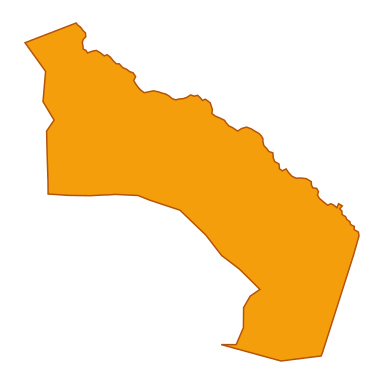 Capitão de Campos, Piauí, Brazil
{"feature_id": "56859067B28975219181336", "entity_name": "Capitão de Campos", "entity_type": "district", "adm_level": 2, "iso_a3": "BRA", "parent_name": "Brazil", "parent_adm1": "Piauí", "projection": "mercator", "projection_center": [-41.893, -4.526], "detail": "fine", "context": "isolated", "style": "filled", "palette": "amber", "viewbox_px": 384, "rotation_deg": 0, "n_neighbors": 0, "source": "geoboundaries", "source_scale": "gbopen_adm2", "svg_char_len": 1750}
<svg xmlns="http://www.w3.org/2000/svg" viewBox="0 0 384 384"><path d="M43.0,101.6L54.1,120.1L46.6,131.1L47.1,153.2L48.0,181.6L48.1,194.0L69.0,195.4L90.0,195.7L105.2,194.9L108.0,194.9L115.2,194.4L138.2,195.5L149.3,200.0L180.0,210.2L191.1,220.9L205.7,234.9L221.6,255.5L239.3,269.0L251.4,280.9L259.9,289.4L250.2,296.1L243.6,307.6L243.4,327.7L236.2,344.6L221.2,344.6L237.3,349.0L281.0,361.0L304.7,358.0L313.6,356.9L321.1,356.0L322.4,352.8L353.3,255.8L359.0,236.0L358.4,232.1L354.1,229.5L354.3,226.4L350.6,224.6L349.8,221.6L346.9,219.6L345.6,216.7L342.0,214.5L342.0,211.2L339.8,208.9L342.3,205.9L338.6,203.7L336.9,207.7L334.0,205.3L330.9,203.7L327.7,205.2L324.2,202.5L319.3,198.3L317.5,195.0L318.5,191.8L316.7,188.4L312.8,187.8L311.5,185.1L311.2,181.6L306.4,178.7L300.7,178.0L296.2,178.2L292.0,176.3L288.5,172.5L286.1,168.9L282.4,170.8L279.5,168.9L279.0,164.0L274.6,161.5L273.2,157.6L272.9,152.9L268.9,151.5L266.7,148.6L263.8,145.5L262.9,141.4L262.9,138.6L261.0,135.5L258.7,133.3L255.1,131.3L251.1,128.8L246.5,127.1L241.6,128.5L237.6,131.1L232.7,127.7L228.8,125.9L226.2,122.9L224.5,120.3L220.5,118.3L215.1,116.0L211.9,113.5L212.4,109.5L210.2,102.8L205.4,99.2L202.5,100.4L200.0,97.5L197.6,95.3L194.2,96.2L190.7,94.9L186.6,97.5L182.8,98.7L179.0,99.0L175.6,99.9L171.9,98.5L168.8,95.8L165.4,93.9L162.0,93.1L158.7,91.9L153.5,90.8L149.2,91.7L144.3,92.7L141.0,90.4L138.3,87.5L136.3,84.8L133.7,80.7L135.6,76.6L133.1,72.8L129.7,71.6L126.5,69.2L122.6,67.6L119.4,63.9L116.3,63.8L113.2,60.8L110.5,57.3L107.1,54.7L104.2,55.9L100.6,53.0L96.3,50.4L92.7,51.1L87.4,52.9L86.0,50.4L83.2,49.0L83.0,46.2L82.3,42.5L83.2,39.4L85.8,36.8L85.5,33.0L82.6,30.1L80.6,27.2L78.1,25.4L76.1,23.0L25.0,42.7L45.6,71.4L43.0,101.6Z" fill="#f59e0b" stroke="#b45309" stroke-width="1.5"/></svg>